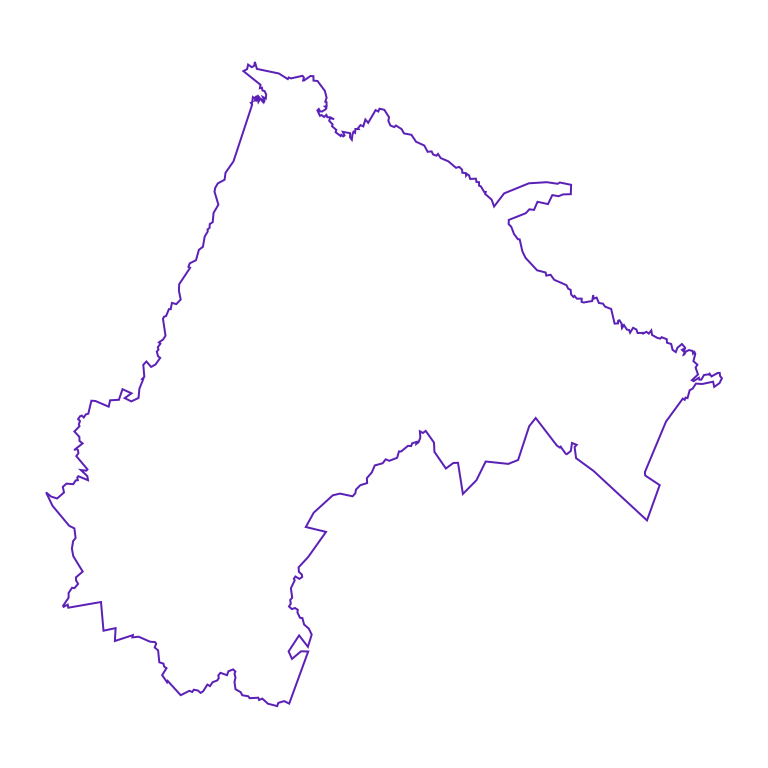 La Concordia, Chiapas, Mexico
{"feature_id": "50627088B57221849873163", "entity_name": "La Concordia", "entity_type": "district", "adm_level": 2, "iso_a3": "MEX", "parent_name": "Mexico", "parent_adm1": "Chiapas", "projection": "equal_earth", "projection_center": [-92.825, 15.96], "detail": "fine", "context": "isolated", "style": "outline", "palette": "violet", "viewbox_px": 768, "rotation_deg": 0, "n_neighbors": 0, "source": "geoboundaries", "source_scale": "gbopen_adm2", "svg_char_len": 6033}
<svg xmlns="http://www.w3.org/2000/svg" viewBox="0 0 768 768"><path d="M684.7,399.8L685.6,397.6L687.5,398.1L689.7,390.2L692.7,388.6L695.9,383.6L702.2,384.0L713.1,381.7L714.2,386.9L719.5,383.1L721.9,378.3L720.1,376.0L719.7,372.9L717.6,373.0L711.5,376.4L709.9,374.1L709.4,375.6L709.4,374.1L703.9,375.1L701.3,379.7L699.4,379.7L698.9,377.8L693.5,381.2L691.9,380.2L698.0,374.5L695.6,367.6L697.4,364.7L693.4,361.1L695.3,353.9L694.5,352.1L693.1,353.6L692.6,350.9L688.9,350.1L685.8,351.6L684.2,354.5L683.7,354.7L684.7,352.3L682.0,349.9L683.1,349.2L684.1,350.6L685.2,347.8L681.9,344.0L677.4,347.8L675.8,352.1L672.6,349.9L671.2,344.0L667.0,342.7L666.7,339.2L661.6,337.2L660.4,338.6L657.5,338.0L652.1,335.0L651.3,330.4L648.8,333.6L646.4,331.8L642.4,334.0L643.1,332.9L637.6,333.0L636.4,329.5L633.1,327.8L630.1,332.7L629.1,330.0L626.9,329.6L624.0,325.1L622.0,328.1L621.6,325.6L622.6,325.4L619.5,320.3L618.2,320.7L618.0,323.4L614.6,323.6L611.2,309.0L605.1,306.7L602.9,303.6L598.9,303.0L596.6,297.6L593.8,298.7L593.2,295.1L592.2,301.0L583.7,302.5L581.6,301.9L581.7,298.7L576.8,298.7L574.5,295.9L573.4,297.0L571.1,294.4L570.6,289.8L568.2,288.7L566.5,285.2L554.2,279.8L550.6,274.8L546.3,275.6L545.6,272.5L537.1,270.3L525.5,257.8L522.3,251.1L519.7,239.4L517.9,239.2L514.0,234.0L511.3,226.9L508.6,224.0L508.8,219.9L525.8,213.2L529.4,209.3L534.0,209.9L537.5,201.8L548.0,204.1L552.3,195.1L558.6,196.2L563.1,194.4L570.8,194.2L571.1,184.8L559.8,182.5L557.7,183.8L546.8,182.2L528.9,183.3L504.1,193.4L494.1,206.5L491.6,199.6L485.1,193.9L485.7,192.0L484.3,192.1L480.9,186.4L479.1,185.7L479.0,182.2L476.5,182.0L475.9,178.7L470.1,178.9L469.0,175.3L467.1,174.1L466.1,175.6L465.9,173.2L462.3,172.7L462.1,169.7L459.2,166.9L456.0,167.8L448.3,161.3L440.7,158.1L438.0,153.9L436.5,155.7L433.1,154.5L431.6,151.4L427.6,151.8L424.3,145.5L416.1,141.8L411.4,134.8L404.0,133.4L401.6,129.1L395.9,125.5L394.3,127.1L390.4,125.5L388.4,121.0L389.0,117.2L384.3,109.8L379.5,108.7L378.3,111.5L375.6,110.1L368.2,122.8L365.4,119.5L363.3,126.4L360.5,125.1L358.1,128.1L358.7,129.1L355.4,129.0L355.1,132.8L353.5,131.7L352.5,134.4L351.8,139.7L350.1,137.5L350.1,133.2L342.8,131.8L344.5,135.5L343.2,136.4L341.2,134.8L340.6,136.0L335.6,132.2L336.3,129.9L332.0,126.2L332.6,124.4L329.2,120.8L330.2,117.9L334.1,119.3L330.3,117.3L327.3,117.2L326.4,114.9L324.0,117.0L321.7,115.1L320.0,115.8L317.4,110.4L318.8,109.0L320.1,111.4L322.1,111.5L325.8,109.2L326.4,108.0L324.9,106.5L326.6,106.2L326.5,102.1L325.3,101.7L326.6,97.7L324.8,90.8L317.5,81.0L313.5,80.6L313.4,76.2L310.5,76.0L304.0,80.5L303.1,80.5L303.9,77.5L302.5,75.8L291.1,78.4L288.7,77.5L287.8,79.1L278.9,73.5L256.9,68.9L254.9,61.9L254.2,65.8L251.8,67.2L248.1,64.6L247.1,69.1L243.4,71.1L260.5,84.8L259.9,88.2L261.9,87.7L262.5,90.5L264.6,91.1L266.2,94.5L265.8,98.6L262.8,97.0L264.5,100.8L264.0,101.9L262.4,100.3L262.5,101.4L258.0,95.9L257.4,96.6L259.0,97.5L259.2,100.5L258.4,101.9L257.6,98.1L255.9,101.4L256.0,100.1L255.0,100.4L255.8,98.8L254.8,99.1L256.2,97.8L255.9,96.8L254.2,98.2L252.9,97.1L252.1,102.8L251.0,102.9L252.1,104.8L233.5,161.3L225.5,172.8L224.6,179.7L217.8,183.4L215.2,187.9L214.5,191.7L218.4,204.7L213.6,212.8L212.7,222.2L209.8,224.0L209.5,228.0L207.6,229.4L207.7,231.5L204.7,236.6L202.9,246.8L198.9,249.8L196.0,260.2L189.8,263.3L188.4,266.8L190.1,267.8L179.2,284.2L178.9,290.8L180.7,299.5L176.3,304.1L171.9,302.9L170.7,309.2L168.9,309.2L166.1,316.0L163.9,316.8L163.0,318.9L165.5,335.7L163.0,339.6L158.9,342.4L160.4,343.7L157.8,347.2L158.5,349.7L156.8,351.6L158.0,356.2L160.2,357.9L155.5,364.5L151.1,366.9L146.4,361.5L143.3,364.8L144.3,376.8L142.1,379.0L143.2,379.3L139.4,388.7L138.5,398.0L131.3,401.4L124.7,398.1L131.5,393.3L122.5,389.2L118.9,399.8L110.1,400.3L108.7,406.7L95.4,401.0L91.4,400.7L88.3,413.7L85.7,414.5L83.8,417.5L81.8,415.6L80.0,416.3L78.1,419.1L80.0,421.0L78.8,424.5L79.5,426.2L74.4,431.5L79.4,436.9L79.5,441.0L82.6,443.4L74.1,450.1L76.6,448.9L78.0,450.2L78.4,453.3L76.3,456.1L87.5,469.4L86.3,470.7L80.8,470.0L87.3,476.1L88.0,480.2L78.3,476.2L77.3,477.4L77.8,480.2L75.7,480.4L73.2,484.2L66.5,483.6L62.8,486.9L64.0,492.5L57.1,498.5L51.0,496.5L46.1,492.4L52.5,505.8L69.2,525.8L74.4,528.4L75.6,538.0L73.1,541.1L71.9,548.8L73.3,556.2L82.7,571.6L75.9,577.4L76.1,580.5L78.1,583.9L74.5,588.1L72.0,587.8L68.6,593.0L68.6,597.7L63.1,605.8L63.6,606.8L67.7,604.7L68.3,607.7L101.0,602.0L103.5,630.7L115.6,628.1L114.9,641.0L132.9,635.1L132.4,637.4L138.6,636.7L150.1,641.7L155.0,642.1L156.2,643.7L154.7,647.5L158.1,650.4L159.3,662.3L163.4,663.6L164.2,666.6L166.5,668.2L162.1,675.1L167.1,682.3L167.7,680.9L180.7,695.2L189.4,690.8L192.2,692.0L193.8,689.7L197.9,690.5L200.6,692.9L203.1,691.3L207.4,684.6L210.0,686.1L212.5,682.3L217.3,680.4L218.8,678.0L218.3,675.4L220.5,672.8L227.0,675.2L228.4,671.3L233.1,669.4L235.4,671.6L234.5,673.8L235.5,677.5L234.5,682.0L235.5,689.2L240.7,692.2L242.2,695.2L248.3,696.3L249.6,698.2L258.3,697.7L259.1,700.0L262.3,698.6L267.9,703.7L277.2,706.1L278.3,702.9L284.1,701.1L289.2,703.6L308.2,651.5L301.0,651.3L292.0,658.9L288.6,651.4L299.1,635.4L307.9,646.8L311.7,634.6L308.8,628.6L304.1,624.5L302.4,618.1L300.0,617.8L297.4,612.4L297.8,609.8L294.9,608.0L291.9,609.1L289.0,606.5L290.8,603.6L290.2,600.0L292.2,597.7L290.9,588.2L294.7,580.4L293.9,578.7L295.4,576.5L299.3,578.9L302.2,577.0L301.8,574.5L298.9,571.9L298.6,567.3L308.1,557.1L326.0,531.9L305.8,527.0L313.7,512.7L332.8,495.3L340.0,493.6L352.6,496.3L355.3,493.3L356.0,489.5L360.3,485.2L367.1,483.1L366.9,478.1L371.8,472.4L374.8,465.4L382.6,463.3L385.7,459.3L389.3,460.8L397.1,457.8L399.0,451.4L401.1,451.5L408.0,445.8L411.1,446.1L412.2,443.3L416.6,441.9L416.3,443.9L418.5,442.3L420.3,437.8L419.9,431.3L422.9,433.0L425.7,430.9L434.0,442.6L434.4,451.8L445.9,468.5L453.3,463.0L458.0,462.8L462.9,493.9L476.4,480.3L485.7,461.5L508.3,463.9L518.1,460.0L529.2,426.2L535.7,418.0L556.9,445.6L559.9,447.6L560.7,446.7L565.5,453.5L566.8,454.2L570.8,451.0L572.0,443.0L576.7,444.8L574.6,447.1L576.1,458.2L593.5,470.9L647.0,520.4L659.7,485.1L645.2,475.5L644.9,472.1L666.0,421.6L682.8,398.6L684.7,399.8Z" fill="none" stroke="#5b21b6" stroke-width="2"/></svg>